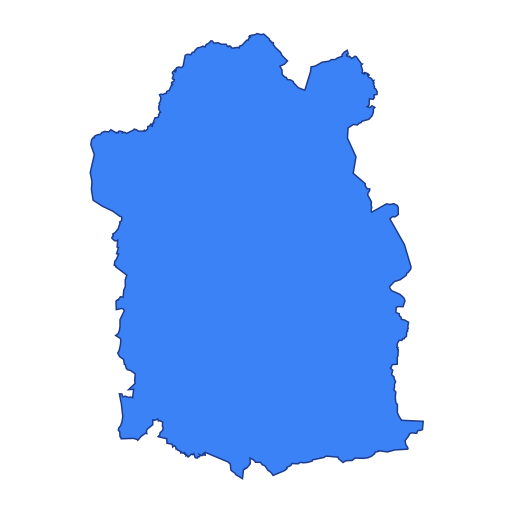 the district of San Miguel el Alto, Jalisco, Mexico, rotated 89°
{"feature_id": "50627088B47757986918048", "entity_name": "San Miguel el Alto", "entity_type": "district", "adm_level": 2, "iso_a3": "MEX", "parent_name": "Mexico", "parent_adm1": "Jalisco", "projection": "orthographic", "projection_center": [-102.412, 20.993], "detail": "fine", "context": "isolated", "style": "filled", "palette": "blue", "viewbox_px": 512, "rotation_deg": 89, "n_neighbors": 0, "source": "geoboundaries", "source_scale": "gbopen_adm2", "svg_char_len": 6026}
<svg xmlns="http://www.w3.org/2000/svg" viewBox="0 0 512 512"><g transform="rotate(89 256 256)"><path d="M438.2,377.4L434.7,374.4L431.4,370.0L431.7,368.3L429.1,368.6L427.3,367.8L422.9,362.2L418.1,362.0L418.5,360.4L417.4,356.8L419.2,356.5L419.0,354.9L420.5,352.2L424.4,352.6L426.1,351.8L428.6,352.4L431.1,355.0L433.4,355.4L434.9,357.0L437.2,348.4L441.7,348.3L442.7,343.1L445.5,342.6L444.2,340.9L445.4,339.7L447.6,339.3L447.4,338.6L448.6,337.9L449.8,335.1L451.5,334.7L450.9,333.7L451.6,333.4L451.9,331.6L452.6,331.6L451.4,331.2L451.8,330.4L452.9,330.6L452.8,329.7L454.4,329.6L453.8,328.9L454.6,328.0L455.5,328.0L455.6,327.0L453.0,324.2L453.5,322.9L452.4,321.7L456.6,320.3L457.0,318.0L455.6,317.6L455.7,315.9L454.3,315.3L453.6,315.8L454.7,313.4L454.0,312.8L454.2,310.2L452.2,310.5L452.3,311.5L451.4,310.3L461.4,287.6L463.7,285.3L469.8,284.8L473.1,280.4L474.1,280.2L478.4,273.4L469.3,272.2L469.1,271.0L468.1,270.7L467.9,269.0L463.7,265.4L457.9,265.5L460.4,261.2L462.2,260.2L462.4,255.1L464.7,253.5L466.0,250.6L470.4,247.9L472.7,244.7L475.7,242.7L471.1,231.3L469.2,228.7L467.9,229.0L466.1,224.9L464.1,223.6L464.5,217.5L463.1,215.4L463.6,211.9L463.3,208.4L462.1,203.5L460.8,203.0L458.6,191.5L457.3,189.6L458.5,177.6L460.1,177.0L464.0,172.5L462.3,169.9L462.1,163.4L459.7,160.5L460.2,152.3L459.7,147.7L458.2,144.0L455.8,140.9L454.2,140.2L453.5,136.9L452.8,136.9L454.2,127.9L452.3,120.6L451.8,108.1L451.4,107.4L450.0,107.8L447.2,109.5L443.3,110.2L438.1,106.2L436.7,105.9L435.5,103.5L436.1,98.5L433.2,97.1L433.3,94.9L432.4,92.6L424.2,91.7L422.8,113.3L418.9,115.8L415.0,117.4L406.7,117.2L406.0,118.3L404.5,118.8L400.1,119.2L394.4,118.6L392.1,120.6L389.8,119.8L386.6,119.8L384.2,118.6L380.8,120.1L379.4,120.0L377.0,122.5L372.6,121.3L370.3,123.6L369.4,122.5L367.8,122.3L367.0,121.2L366.6,116.6L359.4,116.5L358.4,115.8L352.0,115.4L351.7,116.1L350.0,115.7L349.9,116.7L345.6,116.1L342.8,114.4L342.9,111.6L341.3,110.6L341.3,109.2L340.2,108.8L339.0,107.0L334.5,106.7L333.9,105.7L332.0,106.0L331.4,105.1L328.9,105.4L325.0,104.6L322.6,108.5L321.9,111.7L319.5,112.2L318.6,113.5L316.2,113.8L315.5,115.9L314.4,117.1L309.8,116.7L309.0,114.5L309.3,109.9L303.4,107.8L300.5,108.9L297.0,112.5L293.1,120.9L290.4,122.9L288.7,122.7L284.0,118.1L282.2,112.2L277.9,106.1L275.8,105.5L274.9,104.0L271.8,101.5L269.5,101.2L247.2,107.4L221.2,121.5L219.0,118.8L219.3,116.3L217.0,113.0L209.9,113.0L208.1,113.8L206.5,116.5L206.1,117.6L206.9,121.3L206.1,124.5L214.2,139.5L212.1,140.1L209.3,139.4L207.5,140.0L203.7,139.7L197.1,143.2L194.9,142.9L193.0,141.4L190.9,141.1L190.8,143.6L187.3,145.8L185.6,145.5L175.0,157.4L158.6,154.3L139.7,162.5L129.5,161.7L126.2,156.4L126.7,152.2L125.0,150.6L124.4,148.5L123.1,147.7L121.3,140.8L117.7,137.4L114.1,136.1L111.0,136.1L109.5,134.6L107.8,137.5L109.6,139.4L108.7,142.3L107.4,140.4L100.7,139.8L101.4,136.1L99.7,134.9L97.1,135.3L96.6,132.2L93.8,132.0L91.2,133.3L90.1,134.8L88.9,134.5L85.6,135.7L85.1,135.0L83.7,135.6L82.5,135.0L82.7,136.5L80.6,137.3L79.0,140.5L77.0,141.3L77.2,139.8L76.7,139.8L75.5,141.3L74.4,144.0L74.8,144.9L75.7,144.2L76.0,144.7L74.8,146.8L72.4,146.2L67.2,147.6L65.9,146.3L65.7,147.2L58.4,152.3L58.0,153.6L60.3,156.8L58.0,158.9L58.6,159.4L58.0,160.5L57.0,160.9L57.4,161.9L56.1,161.8L56.2,160.9L55.4,160.3L51.9,161.2L53.7,164.2L56.3,166.5L57.8,166.2L59.4,171.2L60.9,173.3L61.0,177.4L62.4,179.2L63.4,186.5L67.2,193.6L67.8,197.6L72.8,198.3L91.1,204.3L88.5,210.8L83.2,215.6L82.3,215.6L80.6,218.3L80.1,221.7L78.0,222.5L77.6,224.2L74.7,226.7L70.4,226.8L66.6,228.8L64.7,224.2L61.5,221.1L55.9,226.6L52.9,227.8L47.8,233.0L45.1,234.9L43.2,234.9L42.7,235.4L43.1,236.4L41.1,237.7L41.1,238.5L39.4,238.8L34.2,244.4L34.8,247.1L33.6,250.9L34.6,252.9L35.6,258.4L36.3,258.9L36.3,258.0L37.0,257.7L38.1,259.3L40.1,260.2L40.0,261.4L45.2,266.5L45.9,268.8L47.6,269.1L47.1,270.7L47.8,276.2L45.7,278.0L45.4,279.1L46.4,280.0L45.9,280.9L43.7,282.2L43.7,286.8L42.1,290.3L42.5,294.3L40.3,295.9L40.1,297.4L42.5,299.6L43.6,302.1L46.2,303.4L45.2,305.4L46.5,308.2L46.8,310.6L49.2,313.3L50.8,314.0L51.4,316.3L53.6,317.5L53.1,320.9L54.1,323.3L65.0,325.6L66.3,327.3L65.7,329.9L66.4,332.2L70.5,333.2L70.2,334.0L68.0,333.3L70.7,336.2L71.7,336.5L73.7,335.2L76.8,336.6L77.6,336.2L78.1,334.6L79.5,334.8L81.0,337.3L82.5,337.4L82.7,336.4L83.2,336.3L84.4,337.8L88.8,339.8L89.9,342.3L91.9,342.8L91.8,344.1L92.8,345.9L92.6,348.7L93.2,349.7L96.2,348.3L99.7,349.0L101.7,350.2L103.1,349.7L104.6,350.7L107.7,350.7L110.6,348.9L111.0,349.9L112.2,350.1L112.8,351.0L114.1,350.6L115.8,351.8L116.1,354.6L119.9,356.1L121.0,355.8L121.4,357.0L124.4,357.3L124.4,357.8L122.4,357.7L122.3,359.0L124.0,360.0L124.7,361.9L127.3,362.2L129.2,364.7L128.3,365.5L129.1,366.0L129.2,371.2L127.6,373.4L127.0,375.6L127.9,376.2L131.2,383.3L130.0,385.1L130.5,387.3L129.4,387.2L128.8,389.8L128.7,390.8L130.3,391.6L129.8,392.7L130.6,393.3L127.2,398.9L129.4,401.1L128.8,405.0L129.7,407.8L131.7,409.4L131.9,412.0L133.1,415.0L135.1,415.9L134.6,416.6L137.1,418.4L141.7,419.2L151.9,415.9L169.7,420.3L178.7,418.7L186.7,419.4L197.3,417.9L203.4,409.0L208.8,398.2L214.0,391.4L214.4,389.9L215.3,389.5L218.6,389.9L219.6,391.7L220.5,391.3L226.3,393.3L230.1,396.4L231.6,398.9L233.6,398.3L234.2,399.4L235.7,399.8L238.3,397.0L238.4,395.4L237.8,394.0L244.7,394.7L245.0,393.3L251.3,395.4L251.6,393.3L257.0,395.7L258.6,397.2L262.8,397.9L262.9,396.9L263.9,396.2L264.3,396.5L272.9,385.5L277.5,387.2L284.6,387.2L287.7,388.8L294.8,389.6L294.4,392.3L297.7,394.7L297.4,395.3L298.8,396.8L307.2,396.6L306.1,391.2L306.8,389.6L308.4,388.6L317.3,393.1L324.2,393.2L328.7,394.0L331.3,395.2L333.0,397.7L335.9,393.3L337.4,392.6L342.3,393.1L348.2,394.5L350.5,395.9L351.4,395.6L354.4,394.0L357.0,390.2L362.0,389.5L362.3,388.6L366.0,387.7L367.5,386.4L368.2,383.5L371.8,378.8L378.5,379.5L381.2,379.0L387.4,385.7L387.1,380.7L395.5,381.8L394.8,383.9L395.2,386.0L393.9,389.0L394.5,391.5L391.6,392.6L391.4,395.0L401.6,393.2L414.2,392.0L419.7,393.0L423.4,394.4L425.5,396.2L427.7,396.7L429.5,395.3L434.4,395.1L435.1,394.2L436.4,394.0L436.2,381.9L437.3,378.1L438.2,377.4Z" fill="#3b82f6" stroke="#1e3a8a" stroke-width="1.5"/></g></svg>